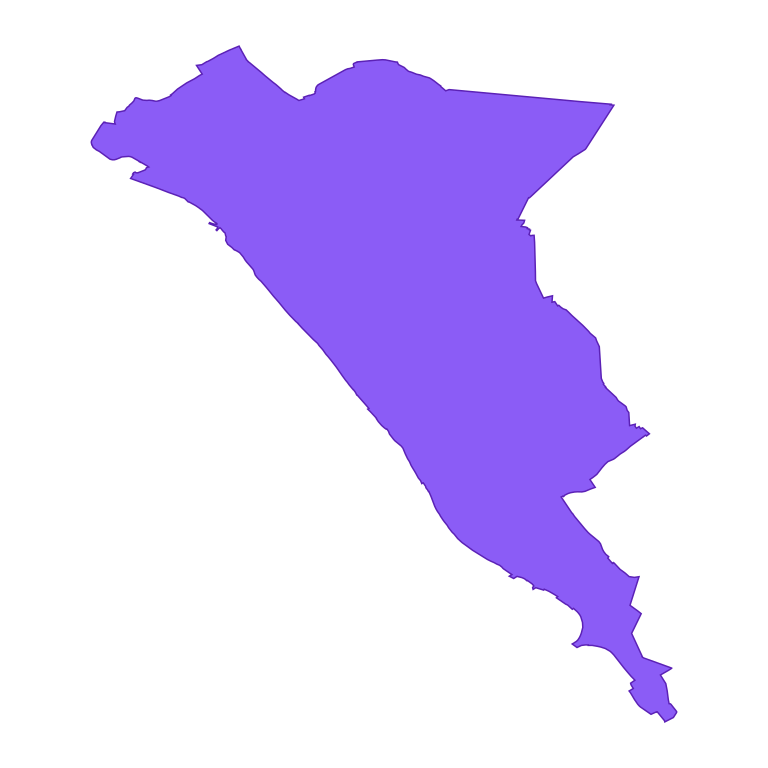 Heerlen, Limburg, Netherlands
{"feature_id": "6326949B1825961321722", "entity_name": "Heerlen", "entity_type": "district", "adm_level": 2, "iso_a3": "NLD", "parent_name": "Netherlands", "parent_adm1": "Limburg", "projection": "natural_earth1", "projection_center": [5.963, 50.878], "detail": "fine", "context": "isolated", "style": "filled", "palette": "violet", "viewbox_px": 768, "rotation_deg": 0, "n_neighbors": 0, "source": "geoboundaries", "source_scale": "gbopen_adm2", "svg_char_len": 6014}
<svg xmlns="http://www.w3.org/2000/svg" viewBox="0 0 768 768"><path d="M610.9,104.2L578.9,101.5L449.1,89.6L445.7,90.8L440.7,86.5L440.8,86.0L438.8,84.6L433.8,80.7L430.5,78.5L429.1,77.8L423.6,76.3L420.4,75.0L416.5,74.2L411.8,72.3L408.5,71.3L406.0,69.2L404.8,68.0L404.1,67.4L398.7,64.7L397.9,63.5L397.4,62.1L395.4,61.9L385.6,59.9L382.6,59.7L377.0,60.1L357.1,61.9L357.1,62.2L355.6,62.6L353.6,63.6L353.3,64.5L354.2,67.0L350.1,68.4L347.7,68.8L345.4,69.7L318.8,84.4L317.6,85.2L316.4,86.8L315.9,88.0L315.6,89.7L315.5,91.6L315.0,91.7L315.1,93.2L314.1,94.0L309.4,95.6L309.2,95.3L303.6,97.2L304.4,98.8L298.9,100.5L297.0,99.3L288.9,94.8L285.0,92.2L284.8,92.4L282.2,90.2L280.8,88.8L275.9,84.5L273.1,82.4L265.1,75.8L261.5,72.6L249.6,62.7L248.4,61.9L248.5,61.8L246.4,59.7L246.5,59.6L240.9,49.6L241.0,49.5L239.8,47.6L239.1,46.1L229.4,50.1L218.3,55.3L213.2,58.5L207.8,61.4L206.7,61.7L201.8,64.7L196.5,65.4L202.2,74.1L199.5,75.5L194.6,78.7L186.7,82.9L177.6,89.0L172.3,93.8L170.6,95.0L171.1,95.6L169.0,96.8L159.5,100.6L156.8,101.2L155.5,101.2L152.2,100.5L149.2,100.2L146.9,100.4L143.8,100.2L142.8,100.1L137.9,98.2L136.5,97.8L135.4,97.9L134.8,98.6L134.0,100.6L133.6,101.2L131.7,103.2L129.5,105.1L128.9,106.1L127.1,107.4L124.7,110.7L119.4,111.8L117.0,112.0L115.7,116.3L114.5,121.5L114.8,122.8L114.9,123.3L115.2,124.0L104.3,122.6L104.6,122.2L103.9,122.1L100.9,125.7L91.8,140.3L91.4,141.3L91.3,142.6L91.9,145.0L92.2,145.1L92.9,146.9L93.8,147.9L96.1,149.6L96.2,149.8L99.3,151.4L110.0,159.2L112.4,159.8L114.2,159.8L116.2,159.3L120.2,157.7L120.5,157.4L122.0,156.9L128.6,156.4L130.2,156.6L132.0,157.2L140.4,162.0L140.0,162.1L140.7,162.5L141.1,162.4L147.5,166.1L148.7,167.0L146.5,167.7L146.3,168.0L146.0,168.8L145.0,170.0L137.8,172.8L136.3,172.8L135.1,172.4L135.0,172.1L133.6,172.7L132.7,174.0L133.5,174.3L130.6,178.5L155.7,187.5L168.4,192.4L178.8,196.1L181.6,197.4L183.1,197.7L184.7,198.4L188.3,202.0L189.1,202.0L195.5,205.5L197.9,207.1L202.5,210.5L212.3,220.2L214.4,221.9L216.9,223.5L216.8,224.5L213.3,223.9L209.6,222.6L209.1,223.6L217.8,227.0L217.3,228.5L216.1,229.9L216.9,230.6L218.3,229.0L219.9,227.7L221.1,228.7L221.9,229.8L223.7,231.9L224.9,232.8L225.3,234.0L225.7,235.9L226.2,236.6L225.7,240.4L227.7,244.3L231.8,247.4L234.3,249.9L234.5,249.8L236.9,251.0L239.6,252.6L243.2,256.9L245.3,260.3L246.7,262.1L252.6,268.8L253.4,269.9L253.9,271.1L254.4,272.4L254.5,273.0L255.3,275.1L256.9,277.2L258.8,279.3L261.0,281.2L266.5,287.6L273.5,296.2L279.0,302.5L285.5,310.5L289.8,315.3L295.8,321.5L297.3,322.7L297.2,322.7L302.1,328.1L313.4,339.6L317.6,343.4L319.1,345.6L322.8,349.8L325.9,354.2L327.8,356.3L331.3,360.6L336.3,367.1L342.5,376.0L345.7,380.4L347.4,382.4L349.1,384.8L353.2,389.7L353.4,389.6L355.4,392.3L356.8,395.1L357.2,395.1L368.9,408.4L367.7,409.1L370.2,411.5L376.5,418.3L376.3,418.6L378.3,421.6L381.7,425.5L384.4,427.9L386.2,429.2L386.7,428.9L387.2,429.4L388.5,431.4L389.5,434.1L393.7,439.5L395.0,440.9L401.3,446.1L403.0,448.3L405.3,453.9L407.6,458.7L409.5,461.7L411.2,465.6L415.6,472.9L418.3,477.9L420.0,480.0L420.5,480.5L421.8,483.6L423.0,482.8L423.3,482.9L425.6,486.3L425.9,487.6L426.5,488.7L427.3,489.4L428.5,491.6L428.9,491.5L431.2,496.9L434.7,506.2L436.1,509.1L437.5,511.5L439.5,514.3L440.5,516.2L442.8,519.7L444.5,522.0L447.2,525.3L448.6,527.7L452.1,532.2L454.2,534.2L457.7,538.6L462.1,542.6L472.5,550.2L487.3,559.4L491.1,561.3L494.1,562.6L496.8,564.1L499.7,565.3L501.9,567.1L502.9,568.3L504.0,569.2L511.9,574.6L509.3,576.2L513.7,578.5L517.0,576.4L521.9,577.6L524.6,578.8L527.0,580.8L527.4,580.5L532.0,583.8L533.5,585.4L533.4,585.9L533.7,586.1L532.6,587.6L533.1,589.4L535.8,587.7L543.7,590.1L544.2,589.2L548.7,591.2L553.9,594.2L557.7,596.6L556.4,597.8L565.6,604.1L567.6,605.0L572.3,609.3L573.5,608.4L577.2,611.7L578.6,613.3L580.1,615.4L580.9,617.1L582.5,622.4L582.8,627.4L581.3,633.2L580.3,635.8L579.4,637.6L577.9,639.9L576.4,641.4L572.2,644.0L577.0,647.5L581.5,645.4L585.6,644.9L588.2,644.9L588.2,645.4L592.2,645.4L597.4,646.3L600.6,647.0L605.3,648.5L610.0,651.2L611.5,652.5L613.8,654.9L623.7,667.6L628.5,673.3L631.1,676.3L634.9,680.2L630.6,683.2L630.9,684.4L631.5,685.6L633.3,688.5L629.1,691.0L630.5,692.8L634.6,699.7L637.7,704.2L639.4,706.1L640.7,707.2L651.0,714.3L656.4,711.9L656.6,712.2L657.3,711.9L664.5,720.7L664.8,721.9L673.4,717.5L676.3,713.0L676.7,712.1L676.6,711.5L671.1,704.5L670.5,703.9L669.1,703.7L668.3,699.6L667.2,690.9L665.8,683.6L660.4,675.0L668.4,670.4L671.7,668.3L671.7,668.1L643.8,658.0L642.6,657.3L642.2,656.9L642.4,656.8L631.6,633.4L641.2,613.7L638.1,611.2L630.0,605.3L639.0,576.7L634.4,577.4L629.1,576.6L625.3,573.2L620.1,569.4L614.2,563.1L613.8,563.3L613.2,562.6L612.4,563.4L607.8,558.1L608.7,556.7L605.8,554.3L603.8,551.7L602.6,549.5L600.5,543.8L598.9,541.6L589.6,533.9L588.0,532.4L584.7,528.7L574.5,516.4L572.5,513.4L571.9,513.0L561.2,497.0L562.9,496.1L563.5,496.6L563.8,496.4L564.6,495.3L565.7,494.7L568.1,493.5L570.6,492.7L574.5,492.0L577.6,491.8L581.9,491.9L585.1,491.3L590.6,489.0L595.2,487.4L589.9,479.5L592.7,477.6L596.8,474.4L602.1,467.6L604.9,464.4L607.9,461.6L613.3,459.3L614.5,458.6L620.2,454.0L624.6,451.2L626.4,449.8L630.3,446.3L645.2,435.4L645.6,435.2L646.5,436.0L649.4,433.8L642.6,427.8L640.5,428.7L639.1,426.6L636.4,428.2L635.0,426.2L635.3,424.2L629.6,425.6L628.8,412.5L627.2,410.4L626.1,406.8L625.2,405.9L618.5,401.0L617.6,399.9L616.1,397.4L606.1,388.1L605.5,387.5L605.9,387.2L603.4,384.3L603.8,383.4L602.9,382.3L601.3,378.4L599.3,346.6L596.6,340.8L595.6,337.9L590.2,333.3L588.5,331.2L582.7,325.3L572.1,315.7L566.2,309.9L563.1,308.8L560.6,307.0L558.8,305.3L557.7,305.9L554.8,301.6L552.0,302.2L552.5,295.8L547.3,297.0L543.5,298.1L536.5,283.4L535.5,280.7L535.4,272.0L534.6,242.4L534.1,235.3L532.0,235.4L530.7,235.8L529.0,234.5L530.5,230.2L529.2,229.7L529.4,229.1L527.2,228.6L527.5,227.7L525.6,227.0L521.1,226.5L522.2,224.5L523.1,223.8L523.8,223.0L524.6,220.3L516.8,220.0L517.2,219.1L517.9,219.2L518.3,218.5L528.6,197.7L529.3,197.9L531.1,196.3L573.1,156.9L579.9,152.8L585.2,149.4L585.9,148.6L613.9,105.2L610.4,104.8L610.9,104.2Z" fill="#8b5cf6" stroke="#5b21b6" stroke-width="1.5"/></svg>